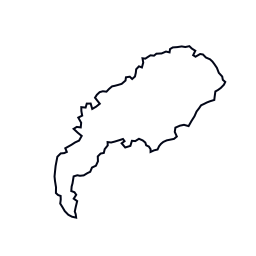 Figueira, Paraná, Brazil, rotated 219°
{"feature_id": "56859067B25501189967357", "entity_name": "Figueira", "entity_type": "district", "adm_level": 2, "iso_a3": "BRA", "parent_name": "Brazil", "parent_adm1": "Paraná", "projection": "orthographic", "projection_center": [-50.428, -23.857], "detail": "fine", "context": "isolated", "style": "outline", "palette": "ink", "viewbox_px": 256, "rotation_deg": 219, "n_neighbors": 0, "source": "geoboundaries", "source_scale": "gbopen_adm2", "svg_char_len": 2023}
<svg xmlns="http://www.w3.org/2000/svg" viewBox="0 0 256 256"><g transform="rotate(219 128 128)"><path d="M172.7,130.8L168.8,129.9L165.2,129.1L166.2,124.5L167.8,120.3L172.4,123.5L175.4,121.0L173.8,117.2L177.4,114.8L174.9,111.8L171.4,108.8L173.2,104.8L167.7,102.6L165.1,98.7L168.5,96.6L169.7,93.1L163.9,92.7L159.0,92.7L158.1,87.4L160.0,83.6L161.4,79.3L164.0,72.8L160.5,70.9L161.8,68.3L164.3,65.9L164.8,61.2L160.4,53.0L157.3,48.2L154.6,44.1L151.3,40.8L146.6,36.6L143.1,32.1L140.2,31.9L137.6,32.8L135.2,30.0L133.1,26.6L129.3,25.3L124.8,23.6L119.8,23.0L115.7,23.8L111.9,25.7L114.4,28.1L116.8,29.6L119.0,33.9L121.5,39.2L125.7,38.9L126.2,43.5L129.2,44.4L132.4,43.3L135.0,47.1L136.3,50.1L137.8,52.7L139.8,56.2L137.6,59.4L135.3,60.6L132.6,63.3L131.1,67.5L129.8,70.2L131.1,74.6L129.2,78.5L130.4,83.2L133.6,86.9L133.2,90.9L131.1,93.4L132.8,96.9L132.8,101.7L135.0,104.2L132.0,106.1L129.9,108.9L127.2,112.9L125.0,116.3L122.4,115.6L123.3,112.1L117.9,111.1L114.9,115.6L116.9,120.5L114.1,122.4L112.7,126.5L108.8,127.6L105.4,127.6L103.0,126.0L100.1,126.7L97.1,125.7L95.4,123.6L93.7,127.0L91.5,129.9L92.4,133.5L92.4,136.5L91.8,139.4L90.1,142.8L88.2,145.1L85.4,148.5L84.7,152.1L89.2,154.4L91.4,158.1L89.1,162.5L86.5,165.7L82.1,167.6L83.1,173.5L83.7,178.9L85.1,184.0L85.2,188.1L85.5,191.6L84.0,194.7L82.8,197.4L81.1,200.4L78.6,204.1L80.5,207.1L83.1,211.4L82.0,214.1L81.1,217.5L80.7,222.0L81.4,225.0L84.6,225.1L87.2,227.3L92.1,228.0L96.8,230.7L101.1,232.0L104.3,232.8L107.5,233.0L111.8,231.8L116.0,232.3L118.5,230.9L120.4,225.9L123.2,225.6L124.3,230.4L128.3,229.9L131.8,230.2L134.4,227.0L137.6,225.2L140.7,221.8L143.9,218.8L145.0,215.8L143.3,212.9L146.6,211.3L148.8,207.1L152.7,203.6L153.3,200.6L156.3,198.6L157.3,195.6L158.2,192.8L160.6,191.3L157.3,188.4L155.3,183.8L158.3,182.8L158.6,178.8L156.6,175.7L155.0,172.4L155.6,168.7L158.9,169.0L161.5,166.1L159.8,163.3L160.7,158.3L162.9,155.1L164.8,152.5L166.6,150.3L167.3,146.5L167.6,142.7L170.7,140.7L172.6,138.0L173.1,134.2L172.7,130.8Z" fill="none" stroke="#020617" stroke-width="2"/></g></svg>